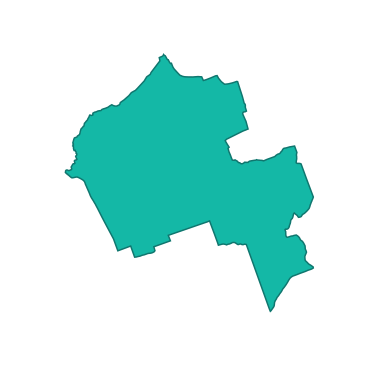 the district of Treang, Takêv, Cambodia, rotated 70°
{"feature_id": "14789045B64200778269013", "entity_name": "Treang", "entity_type": "district", "adm_level": 2, "iso_a3": "KHM", "parent_name": "Cambodia", "parent_adm1": "Takêv", "projection": "mercator", "projection_center": [104.808, 10.878], "detail": "fine", "context": "isolated", "style": "filled", "palette": "teal", "viewbox_px": 384, "rotation_deg": 70, "n_neighbors": 0, "source": "geoboundaries", "source_scale": "gbopen_adm2", "svg_char_len": 5609}
<svg xmlns="http://www.w3.org/2000/svg" viewBox="0 0 384 384"><g transform="rotate(70 192 192)"><path d="M104.8,287.0L105.2,287.2L106.0,287.0L106.4,287.5L107.3,287.3L107.9,288.3L108.6,287.9L109.5,288.1L110.7,288.5L111.6,288.6L112.6,288.6L112.9,287.5L113.7,287.7L114.8,287.2L116.1,287.7L116.8,287.2L117.9,287.7L118.6,289.1L120.1,289.1L121.9,288.9L122.2,289.6L122.1,291.1L122.6,292.0L123.2,292.0L124.0,292.1L124.9,292.2L125.2,292.9L124.9,293.8L125.1,294.6L125.7,295.2L126.4,296.0L127.2,297.0L128.2,297.1L129.2,297.1L129.7,297.6L129.7,298.8L129.9,299.6L129.5,300.9L128.6,301.8L128.4,302.7L129.0,303.6L129.9,304.0L130.4,304.3L131.4,303.8L132.3,303.4L132.6,302.8L133.4,302.7L134.3,302.0L135.0,301.7L136.1,301.1L136.9,300.6L137.6,300.0L137.9,299.0L138.1,297.6L138.3,295.9L138.7,294.7L140.3,293.0L143.0,290.7L144.3,289.9L145.6,289.5L146.7,289.4L148.1,289.5L150.4,289.3L152.4,289.2L156.8,288.9L159.0,288.8L160.7,288.8L161.4,288.7L163.0,288.5L164.8,288.1L165.7,287.9L167.1,287.6L168.5,287.4L170.3,287.0L172.8,286.7L174.7,286.4L183.9,285.3L190.7,284.4L209.2,281.8L221.9,281.8L221.8,268.1L233.6,268.2L234.0,266.7L234.2,264.6L234.5,262.8L234.4,260.4L234.7,258.3L234.7,256.4L234.7,254.4L235.4,251.5L235.5,249.8L235.2,247.9L234.5,246.9L230.4,246.6L230.5,229.6L230.5,229.0L224.6,229.1L225.2,191.5L225.3,188.2L225.2,185.4L238.3,185.3L241.4,185.3L244.8,185.3L248.4,185.3L251.0,185.4L251.1,184.3L251.2,183.2L251.3,181.9L251.4,181.2L251.6,180.4L252.0,179.6L252.7,178.5L253.5,177.6L253.4,176.1L253.5,175.2L253.7,174.5L253.6,173.7L253.5,172.1L253.3,171.5L253.6,170.2L254.0,169.4L254.4,168.8L255.0,168.4L255.8,167.8L256.6,167.3L257.0,166.9L257.3,166.2L257.2,165.4L257.4,164.2L258.5,163.0L258.9,162.1L259.0,161.6L259.0,160.5L259.4,159.7L259.9,158.9L325.2,159.3L328.5,159.3L330.9,159.2L330.6,158.4L329.7,157.1L328.8,155.8L327.8,154.4L327.0,153.7L325.5,152.9L324.0,152.2L322.6,150.9L321.3,149.2L320.2,148.2L319.0,146.1L317.6,144.3L316.4,142.4L315.6,141.4L315.1,140.9L314.2,139.9L313.1,138.0L311.4,135.5L309.6,133.2L308.1,131.5L306.6,129.5L305.8,127.6L305.5,126.0L305.5,123.6L305.5,121.6L305.4,118.4L305.4,115.2L305.4,112.5L305.2,109.6L305.3,107.5L305.3,105.8L304.9,104.0L303.8,103.8L301.5,105.4L299.4,107.1L297.8,107.7L296.4,108.4L295.1,109.0L293.9,108.8L292.4,108.4L291.3,108.1L289.9,107.0L289.1,106.2L287.7,105.0L286.5,104.9L285.3,105.0L284.0,105.0L282.7,104.6L281.3,104.2L279.6,104.4L278.1,104.6L276.1,105.1L275.0,105.9L274.4,106.3L273.4,106.5L272.6,106.6L271.8,106.7L270.3,107.2L269.2,107.9L268.1,108.7L267.9,109.9L267.7,111.0L267.7,112.8L267.4,113.5L267.3,114.6L267.3,115.8L267.3,116.9L267.1,118.0L266.6,118.5L265.7,118.7L264.6,118.6L263.7,118.3L262.5,117.9L261.3,117.5L260.2,117.6L259.1,117.4L258.9,116.8L259.3,115.9L259.4,115.0L259.2,114.1L258.5,113.1L257.8,112.5L256.6,111.7L255.1,110.4L253.8,109.6L252.5,109.0L251.7,108.0L251.1,106.8L249.9,105.7L248.6,104.9L247.2,104.0L246.7,103.1L247.5,102.7L248.7,102.0L250.1,101.1L250.9,101.0L252.2,100.6L252.4,99.9L252.5,98.3L252.3,97.6L251.4,96.5L251.0,95.9L250.8,95.2L250.5,93.6L249.9,92.2L249.4,91.0L248.9,90.0L248.3,88.9L247.6,87.7L246.4,86.6L245.6,86.0L244.7,85.4L243.6,84.4L242.6,83.6L241.7,82.7L240.6,81.8L239.6,80.8L238.2,79.7L218.9,79.9L202.9,79.9L202.1,80.8L201.6,81.9L201.3,82.9L200.8,83.7L200.1,84.1L198.4,83.3L196.7,82.3L195.5,81.9L194.3,81.5L193.1,81.3L192.3,80.9L191.7,80.6L191.2,80.2L190.7,79.9L183.9,79.9L183.5,82.2L183.0,85.0L182.8,88.3L182.5,89.9L182.4,90.9L183.0,92.2L184.1,93.3L184.6,94.5L185.3,95.4L185.9,96.6L185.8,98.5L186.2,100.3L187.0,102.1L187.0,107.0L187.0,110.4L187.2,113.5L187.1,114.3L186.3,115.3L185.7,116.7L185.2,117.7L184.8,118.6L184.3,119.6L183.7,120.3L183.9,121.2L183.6,122.3L183.2,124.3L182.8,126.6L182.7,127.6L183.1,128.7L183.4,129.3L182.9,130.1L182.8,130.9L182.4,131.3L182.3,132.0L182.0,132.5L182.6,133.7L182.6,135.1L182.2,136.3L181.5,136.7L180.8,137.2L180.3,138.1L179.7,138.5L178.6,138.8L178.0,139.4L177.1,140.1L176.5,140.6L176.7,141.4L176.3,142.2L176.1,142.6L175.8,143.2L172.9,143.3L170.5,143.3L166.8,143.5L164.6,143.3L163.2,143.2L162.6,141.8L159.5,142.5L157.8,142.8L156.2,143.1L155.0,143.2L154.2,141.4L152.2,123.8L152.1,122.2L152.1,120.3L152.0,119.0L152.0,117.8L143.9,117.1L143.2,117.2L137.1,117.6L136.0,117.6L135.3,117.4L134.5,116.5L134.5,115.9L134.8,114.5L134.6,113.2L133.8,113.1L131.5,113.0L130.1,112.9L129.7,112.5L128.3,112.1L127.3,112.2L126.3,112.6L125.1,112.5L124.2,112.4L119.5,112.0L103.9,111.4L103.4,112.1L103.4,112.9L103.3,116.6L102.8,120.9L101.9,124.5L98.4,126.7L94.1,128.2L91.2,128.6L90.9,130.2L91.2,135.3L91.3,140.1L91.2,142.3L91.1,143.2L87.1,143.5L85.6,146.9L84.2,151.9L82.8,155.7L81.3,159.3L80.1,161.3L78.0,163.5L74.5,165.0L70.3,166.7L68.2,167.2L65.2,167.3L64.0,167.3L64.0,168.2L62.2,168.8L59.6,169.1L59.3,169.7L57.9,170.1L55.0,170.5L53.7,171.5L53.1,171.7L53.9,172.4L54.3,173.4L54.5,176.8L57.8,177.3L65.7,189.6L66.4,190.3L67.2,191.0L68.2,194.9L68.7,195.8L69.3,196.3L69.8,197.1L71.2,198.7L76.2,208.4L77.2,210.5L77.3,211.5L77.8,214.6L78.0,215.3L78.9,216.7L79.9,218.4L80.9,221.0L82.2,224.3L83.4,228.7L84.7,229.7L85.2,230.3L85.5,233.4L84.9,235.0L83.7,236.6L82.6,237.5L82.9,239.5L83.6,241.9L83.7,244.9L83.6,246.5L83.6,247.3L83.6,248.3L84.3,249.7L83.9,251.6L83.7,252.8L83.9,254.5L83.7,256.2L84.0,258.1L84.9,258.6L85.6,258.7L85.8,259.6L85.6,260.5L84.7,261.6L85.0,262.1L86.5,263.4L87.3,264.5L88.6,265.7L89.3,267.2L90.1,268.4L90.7,269.6L91.9,270.3L93.0,270.9L93.1,271.7L93.7,272.5L94.1,273.1L94.5,274.3L95.3,275.1L96.4,275.9L97.1,276.4L98.2,277.0L99.6,278.1L99.8,279.1L100.0,279.6L100.2,280.5L100.9,281.2L101.0,282.4L100.9,283.4L101.1,284.2L102.3,285.2L103.6,286.1L104.8,287.0Z" fill="#14b8a6" stroke="#0f766e" stroke-width="1.5"/></g></svg>